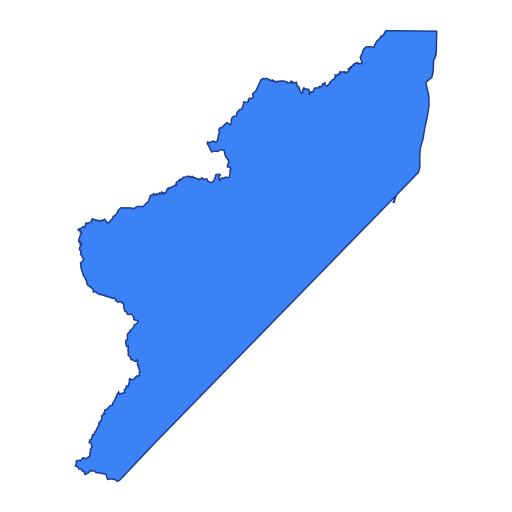 outline of Cantagallo, Bolívar, Colombia
{"feature_id": "7082276B88554525849396", "entity_name": "Cantagallo", "entity_type": "district", "adm_level": 2, "iso_a3": "COL", "parent_name": "Colombia", "parent_adm1": "Bolívar", "projection": "natural_earth1", "projection_center": [-74.16, 7.216], "detail": "fine", "context": "isolated", "style": "filled", "palette": "blue", "viewbox_px": 512, "rotation_deg": 0, "n_neighbors": 0, "source": "geoboundaries", "source_scale": "gbopen_adm2", "svg_char_len": 5898}
<svg xmlns="http://www.w3.org/2000/svg" viewBox="0 0 512 512"><path d="M418.2,172.6L419.5,168.7L419.9,165.4L419.7,157.1L420.2,148.5L423.2,138.2L424.7,128.1L427.3,116.6L429.0,105.8L428.9,96.0L428.9,96.6L425.8,82.3L431.8,77.4L433.1,72.1L433.7,59.7L435.2,57.6L436.2,53.6L436.7,31.2L386.1,30.7L385.1,31.7L383.7,34.7L382.1,36.5L381.1,36.1L380.0,38.2L376.7,41.3L374.6,45.2L374.2,47.0L373.1,47.3L370.4,46.7L366.1,46.9L363.9,49.0L362.7,51.2L362.2,53.5L360.4,56.7L360.3,57.4L361.8,61.9L361.9,63.7L359.8,63.4L359.0,64.0L358.7,63.3L357.7,63.4L357.6,62.9L356.9,62.7L354.2,63.7L353.7,65.5L353.4,65.5L353.5,64.6L351.3,66.8L351.1,67.5L350.6,66.4L350.5,67.7L349.5,68.0L349.5,69.1L348.3,69.2L349.2,69.9L348.5,71.6L347.0,71.9L345.9,73.2L345.0,72.9L345.0,72.1L344.3,71.6L342.3,72.3L340.2,71.6L339.8,72.4L339.8,73.8L338.3,74.0L338.1,75.2L335.3,74.9L335.9,76.3L334.8,77.0L334.4,79.4L333.4,79.2L331.9,80.3L331.3,81.7L329.9,81.9L329.9,83.7L328.6,84.3L326.7,86.3L324.9,85.2L325.1,82.8L324.8,82.8L323.8,83.6L322.7,83.8L322.4,85.3L321.2,86.9L320.0,86.3L318.9,86.9L318.8,88.0L315.2,87.9L313.6,89.6L313.2,92.0L311.2,91.7L309.9,93.9L309.4,94.0L309.2,90.3L308.6,89.3L304.5,88.8L303.9,87.9L302.5,90.2L302.8,92.4L301.2,93.1L299.6,90.2L299.6,88.6L298.9,87.9L298.7,86.6L297.4,86.3L296.8,85.5L296.8,83.7L296.3,82.2L295.0,82.9L293.7,82.6L292.4,83.0L292.4,81.8L291.0,81.1L290.7,81.7L291.3,82.5L290.0,82.5L288.2,83.3L287.5,83.0L287.3,82.1L283.3,80.9L280.0,81.1L279.4,81.6L278.2,81.1L277.1,82.2L275.8,81.3L274.5,81.9L274.3,81.1L273.3,81.2L272.6,80.0L270.9,80.8L269.8,79.6L268.5,79.7L267.4,78.6L263.2,78.5L261.1,79.6L255.8,91.0L252.6,93.8L253.4,97.5L251.3,98.7L249.8,98.1L248.6,99.0L248.3,101.5L247.7,102.2L243.7,102.0L243.4,104.4L241.8,109.1L239.7,109.6L237.4,112.1L236.6,113.4L236.7,115.6L236.2,116.3L233.7,116.2L232.1,117.7L231.2,120.4L231.4,121.5L230.9,124.3L230.4,124.7L229.6,124.4L227.1,122.6L223.1,126.1L222.0,127.7L220.3,127.8L219.5,128.3L218.8,130.4L219.6,132.1L218.6,134.5L217.6,140.2L216.7,141.5L215.8,142.2L213.3,141.1L208.8,142.8L207.8,141.9L207.5,142.2L207.3,143.4L207.6,144.3L209.3,147.0L211.5,151.9L214.6,151.0L218.0,151.5L219.6,150.0L223.4,149.8L224.0,150.2L225.7,157.1L227.5,158.4L227.5,159.4L228.4,160.3L228.9,161.9L227.5,165.1L227.5,167.0L229.8,167.0L230.8,168.7L229.9,170.4L230.2,173.4L229.6,174.9L229.5,176.7L228.6,177.7L225.5,177.1L223.0,178.6L221.9,177.8L220.4,179.1L220.0,180.5L218.9,179.4L218.9,176.6L220.1,175.5L220.1,174.6L219.2,174.3L216.0,174.6L215.4,175.8L215.2,177.6L213.1,181.7L210.6,182.5L207.7,181.0L206.8,178.9L205.5,179.3L204.7,179.0L203.3,179.2L201.8,177.7L200.4,179.5L199.6,179.8L199.2,179.0L196.0,178.7L195.2,177.6L193.4,177.9L192.6,176.4L190.8,177.4L190.1,176.3L188.9,176.7L187.4,176.1L186.1,177.1L183.1,177.3L182.5,178.8L181.2,179.2L180.4,180.2L179.7,179.4L178.8,180.8L176.5,182.2L176.1,183.4L176.5,184.9L175.4,184.9L175.1,185.8L172.4,186.5L171.8,187.6L169.2,187.6L168.4,189.3L167.6,188.6L166.4,190.6L166.0,193.0L162.8,193.7L162.5,193.3L163.3,192.6L161.8,192.0L160.2,194.0L159.4,193.0L158.5,194.3L156.4,193.9L155.8,195.2L153.9,193.7L153.0,194.4L153.1,195.0L150.6,195.2L148.1,202.1L146.4,203.2L142.9,206.8L140.5,206.3L138.1,206.5L136.3,207.0L133.9,208.7L130.4,207.9L120.9,207.9L118.4,210.1L116.7,213.9L113.1,216.8L111.9,219.4L110.1,220.9L110.2,221.7L109.9,222.4L108.6,222.3L107.5,223.1L104.7,219.2L102.9,220.5L102.1,220.0L99.7,221.3L98.9,220.6L96.8,220.1L95.8,220.4L94.8,219.5L93.5,219.5L92.7,218.8L91.6,219.4L91.7,221.1L90.1,222.4L87.5,223.1L86.0,223.0L84.6,227.5L84.1,227.5L83.2,226.7L80.8,228.5L78.5,229.1L78.1,229.6L78.4,230.4L81.0,231.4L80.5,232.4L81.4,232.3L81.7,232.7L80.7,234.8L80.0,235.4L80.1,236.9L79.2,238.0L78.7,240.7L78.8,241.6L79.9,241.4L80.1,244.2L81.5,243.5L81.6,243.9L81.2,245.2L79.7,247.4L79.4,249.7L81.0,250.9L80.6,254.3L82.0,256.0L82.3,257.3L83.6,259.3L83.4,260.3L80.4,263.0L81.1,264.1L80.7,265.4L81.0,267.8L83.2,274.2L83.2,275.4L84.1,276.3L86.6,281.2L86.8,283.4L87.8,285.3L92.9,288.9L93.5,292.1L95.2,291.6L99.3,294.5L101.7,294.6L102.7,295.3L104.3,295.2L105.3,296.2L108.7,296.7L109.7,297.5L111.1,297.4L112.1,298.4L115.3,298.2L115.7,298.7L115.5,300.5L117.8,302.1L121.3,301.6L121.8,302.9L122.8,302.7L123.6,304.2L124.0,308.3L125.0,311.4L126.8,311.9L127.2,313.9L127.9,314.4L129.4,314.5L131.5,313.8L133.7,317.2L133.8,319.7L137.7,320.6L137.9,321.1L137.9,322.3L135.8,324.2L134.3,324.9L133.3,327.6L130.2,330.7L129.8,330.7L129.9,332.2L128.6,332.7L127.4,334.3L127.5,339.1L127.2,339.8L125.8,340.6L125.7,341.4L126.2,345.5L127.3,346.9L128.2,346.2L128.6,347.4L127.8,350.6L128.5,351.1L128.2,355.3L130.5,357.0L130.6,358.8L131.5,359.8L132.6,359.5L134.5,361.2L136.0,361.3L137.1,359.8L137.5,359.9L137.5,364.9L138.7,366.5L138.3,367.6L139.1,368.7L139.2,369.8L140.3,371.7L139.2,372.6L139.6,374.4L139.3,375.4L138.4,375.6L138.1,376.2L136.8,375.9L133.9,379.1L131.7,379.8L130.3,378.8L129.5,378.8L129.3,382.4L127.9,386.5L126.4,386.1L126.0,388.1L124.2,390.3L124.9,392.5L124.3,392.9L122.0,393.1L119.4,394.3L118.6,392.0L116.9,394.8L114.6,400.4L112.6,403.2L112.8,404.9L109.6,406.1L107.1,409.3L105.6,409.5L104.8,410.3L104.6,412.0L103.5,413.3L103.6,413.6L104.3,413.4L104.6,414.0L101.6,415.8L101.6,417.0L102.1,418.5L100.5,421.1L100.3,422.1L99.6,422.0L99.2,422.5L98.7,423.7L98.9,425.5L97.1,428.1L96.0,431.0L94.7,432.0L93.9,434.9L92.5,434.8L91.9,437.8L91.2,439.4L90.1,439.8L89.3,441.6L89.3,442.6L90.0,442.2L90.9,443.1L91.8,446.4L91.2,448.3L90.3,449.4L90.4,451.3L89.9,452.7L90.1,455.6L86.0,458.8L83.6,457.8L82.7,458.0L80.6,460.8L79.2,460.3L76.8,460.6L76.1,461.4L76.5,463.1L75.3,465.9L77.9,466.8L78.6,468.8L81.4,469.2L82.5,471.1L84.0,471.5L84.8,474.3L86.1,474.3L87.2,473.2L88.3,472.9L90.9,470.5L91.9,471.1L94.5,470.7L96.1,472.8L98.6,472.8L106.1,474.3L107.3,478.8L108.0,479.5L110.0,478.9L114.6,479.3L117.1,481.3L119.4,480.5L154.1,443.7L395.2,196.4L394.4,198.7L394.4,200.4L393.8,201.3L393.5,201.3L393.2,202.1L394.2,202.3L395.0,199.0L396.6,194.8L418.2,172.6Z" fill="#3b82f6" stroke="#1e3a8a" stroke-width="1.5"/></svg>